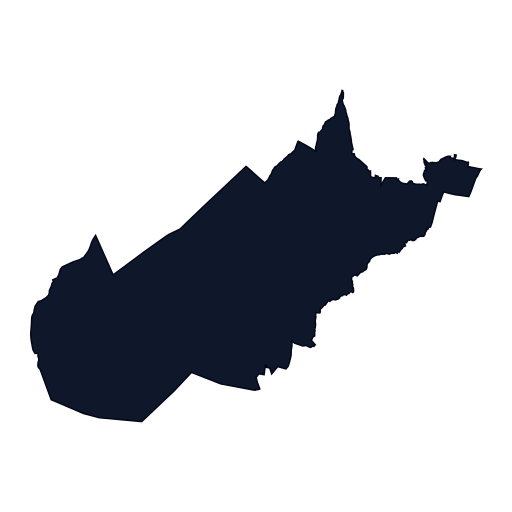 the district of Nanacamilpa de Mariano Arista, Tlaxcala, Mexico
{"feature_id": "50627088B60175969461115", "entity_name": "Nanacamilpa de Mariano Arista", "entity_type": "district", "adm_level": 2, "iso_a3": "MEX", "parent_name": "Mexico", "parent_adm1": "Tlaxcala", "projection": "natural_earth1", "projection_center": [-98.513, 19.508], "detail": "fine", "context": "isolated", "style": "filled", "palette": "ink", "viewbox_px": 512, "rotation_deg": 0, "n_neighbors": 0, "source": "geoboundaries", "source_scale": "gbopen_adm2", "svg_char_len": 6050}
<svg xmlns="http://www.w3.org/2000/svg" viewBox="0 0 512 512"><path d="M259.8,389.0L257.5,382.7L256.1,377.6L258.8,373.8L264.1,374.7L265.4,365.0L266.7,365.4L266.2,367.3L269.7,368.0L271.7,373.9L277.7,366.6L285.9,368.9L288.2,366.2L289.4,362.4L290.5,358.0L291.1,355.0L291.2,350.4L291.9,346.3L292.0,341.2L294.7,343.2L301.9,345.7L302.5,345.9L304.0,345.9L306.0,345.4L309.2,347.0L310.4,347.4L310.9,347.3L312.5,346.2L313.2,346.2L313.9,346.4L314.7,345.2L315.3,344.8L310.9,339.8L311.6,339.2L312.0,339.2L313.0,336.9L314.6,336.1L314.7,335.9L314.7,331.9L315.0,331.0L315.1,330.4L314.7,330.0L314.7,329.4L315.2,327.7L315.6,324.4L315.2,321.0L315.9,316.7L315.8,316.2L315.5,315.8L315.5,315.1L315.8,314.7L315.8,314.4L315.8,314.1L315.5,313.2L315.6,312.7L319.9,312.9L320.3,311.9L320.1,310.4L320.4,309.0L322.1,307.6L323.8,305.5L324.0,305.3L325.0,305.2L325.6,304.7L326.2,303.3L327.2,302.4L327.6,301.3L327.9,301.0L328.7,300.9L329.4,301.4L330.0,301.4L330.9,300.4L333.1,299.4L335.9,299.9L336.9,299.2L337.9,299.2L339.6,297.8L340.0,296.6L340.5,296.3L341.0,295.8L342.6,295.7L343.1,294.9L343.7,294.5L344.5,294.7L345.4,294.5L346.5,295.2L347.5,293.6L348.9,293.6L349.1,293.0L350.4,291.7L351.3,291.6L352.7,292.6L353.2,292.3L353.6,291.3L353.6,290.5L353.4,289.2L353.5,288.4L352.6,286.5L352.7,284.4L352.3,282.6L352.5,281.4L352.4,281.2L351.8,280.7L351.5,279.9L351.6,278.2L351.8,277.0L352.3,276.5L353.1,276.2L353.4,275.7L354.4,275.1L356.0,275.1L357.1,275.9L357.6,275.7L357.9,275.1L360.5,272.4L362.9,271.6L363.6,270.8L364.8,270.3L365.4,269.7L365.9,269.6L366.4,268.8L366.8,267.9L367.0,266.1L367.0,264.7L367.2,264.0L367.6,263.3L369.5,261.4L370.0,259.6L370.5,259.0L371.4,257.9L372.3,257.2L374.6,255.8L377.2,254.9L379.0,254.8L380.3,254.4L382.5,254.1L384.3,254.3L386.4,253.4L389.6,254.2L390.7,253.4L394.4,253.2L394.9,252.2L397.3,253.2L397.2,251.8L398.2,251.6L399.2,252.2L401.6,248.6L402.3,248.5L402.8,247.1L405.4,245.9L404.7,243.4L405.0,242.7L405.3,242.4L405.5,242.4L406.5,242.7L406.7,242.1L407.0,241.9L407.7,240.6L408.1,240.2L408.7,240.1L409.5,240.3L410.5,239.7L410.8,239.3L411.3,239.2L411.6,239.3L411.9,240.4L412.0,240.5L412.3,240.6L412.6,240.4L412.8,240.4L413.1,240.5L413.7,240.5L414.5,240.2L415.2,239.6L415.7,239.5L415.8,238.4L420.0,236.3L423.7,236.3L425.0,234.3L425.1,234.0L425.1,232.8L426.3,231.0L426.0,230.1L426.0,229.8L426.2,229.6L427.1,229.7L428.0,229.1L428.3,228.2L428.2,227.3L430.5,227.0L432.3,221.8L433.7,215.9L437.7,200.9L440.0,201.7L442.8,193.9L443.7,191.9L450.2,193.6L455.6,194.8L458.5,195.1L468.8,196.6L471.0,191.5L475.7,178.4L477.4,176.0L478.3,174.2L479.5,171.5L480.5,169.8L481.3,169.0L480.0,168.9L467.8,166.5L468.3,164.6L468.4,162.2L466.6,162.2L462.2,160.6L457.7,160.1L454.5,159.5L455.7,157.4L456.2,155.1L454.5,154.7L454.5,156.9L453.9,158.5L449.7,157.6L450.4,156.3L448.9,156.2L447.5,156.4L446.0,156.9L440.9,159.4L439.4,161.4L438.5,162.1L435.6,162.9L432.4,162.4L432.1,162.6L430.7,162.5L430.0,162.9L429.5,163.6L429.0,163.6L427.0,161.9L423.9,158.7L423.6,159.5L424.1,160.4L424.1,162.7L424.7,163.4L424.7,164.0L425.3,164.3L425.2,165.0L425.8,165.1L425.5,165.8L426.4,166.6L426.6,167.6L426.6,167.8L425.4,167.9L426.3,170.5L425.3,170.2L424.6,170.4L424.3,171.8L423.6,173.6L423.3,174.9L424.3,177.8L425.2,179.7L425.8,180.7L426.1,180.5L426.9,180.8L427.3,181.6L427.2,182.1L427.6,182.3L426.9,184.0L427.3,184.8L425.8,184.9L424.7,184.6L423.9,183.9L422.3,184.0L421.1,184.6L419.8,184.2L416.6,184.3L414.2,183.8L413.4,183.6L413.0,183.3L412.7,183.0L412.3,181.6L411.3,180.9L409.6,181.1L407.1,184.1L406.1,183.7L404.5,183.7L401.3,182.8L399.3,181.2L398.2,179.6L398.3,179.2L397.8,179.5L397.7,179.9L396.4,177.9L385.5,177.8L385.3,177.9L380.9,185.3L381.1,177.7L378.3,177.6L378.1,176.3L375.4,175.4L375.3,177.8L372.9,177.5L370.6,176.7L370.5,171.0L369.2,171.2L368.5,170.7L368.3,170.0L367.7,169.8L366.8,168.4L366.9,167.3L367.1,167.1L366.4,166.2L359.0,159.6L356.6,158.2L354.7,156.2L354.2,153.7L352.1,153.9L351.8,153.7L351.9,150.9L352.1,150.1L352.5,149.7L353.0,149.6L353.1,149.2L353.0,148.7L352.6,147.6L352.2,145.4L351.5,142.7L351.4,141.8L351.4,140.9L350.7,136.5L350.1,133.7L350.0,132.2L349.0,128.7L349.0,125.9L349.1,124.9L348.9,122.8L348.1,120.0L347.9,118.3L346.9,115.6L346.6,114.2L346.1,112.7L345.6,109.8L344.1,105.7L343.5,105.0L343.1,104.1L342.4,101.2L342.2,100.4L342.4,99.7L343.1,98.4L343.4,97.2L343.3,96.1L343.4,94.4L343.4,92.8L342.9,92.2L342.8,90.8L342.1,90.4L341.4,93.0L341.1,93.5L341.0,94.5L340.1,95.6L339.5,97.1L339.0,99.8L338.5,101.6L338.5,102.6L338.1,103.4L337.2,104.5L336.9,105.5L337.2,105.8L337.2,106.1L336.1,107.8L335.7,109.6L335.5,113.0L334.4,116.4L331.8,117.9L331.1,118.2L329.7,119.6L328.5,120.0L327.5,120.6L327.1,121.1L325.6,121.8L324.3,124.7L323.0,126.2L322.4,129.4L320.9,130.8L320.2,132.1L319.7,132.2L318.8,132.2L317.9,133.9L317.7,134.4L317.6,138.2L317.3,140.9L316.6,143.1L316.2,145.6L315.8,146.5L315.6,147.4L315.6,149.0L316.0,150.7L316.0,151.3L306.1,145.4L298.2,141.2L297.7,142.0L294.7,150.3L293.0,151.7L292.1,152.7L290.7,153.9L288.8,154.6L288.1,155.5L287.8,156.0L283.9,159.3L283.5,160.2L282.6,161.0L282.0,161.8L280.7,162.0L278.3,164.4L277.2,165.8L275.2,166.8L274.3,167.8L273.8,168.9L272.8,170.0L272.4,170.8L272.1,171.9L271.6,172.9L271.2,174.5L270.3,175.2L267.9,179.9L266.4,181.4L264.6,182.8L256.3,175.5L249.7,169.5L246.1,166.4L203.1,206.8L187.4,221.9L180.1,229.0L169.1,234.3L166.8,235.7L143.3,252.4L139.4,255.4L113.1,274.9L95.6,235.4L93.4,238.8L92.2,241.0L91.2,243.5L90.4,246.2L88.6,250.6L83.7,257.4L81.5,258.5L80.8,259.2L77.4,260.5L73.5,261.7L62.2,266.9L60.3,269.5L58.7,275.2L57.9,276.4L57.3,277.8L52.7,279.9L53.5,281.6L52.2,283.1L51.5,285.8L49.4,290.5L49.2,293.2L48.7,295.0L46.3,297.5L41.1,300.8L38.3,301.5L35.5,305.6L35.0,306.6L34.1,310.6L33.7,313.2L32.6,314.6L31.9,316.8L31.7,317.9L31.4,325.1L30.7,333.8L31.0,338.5L31.5,342.1L32.7,348.5L33.2,350.3L35.0,353.4L37.7,353.4L38.1,354.2L37.9,356.1L38.5,357.7L38.8,359.4L38.5,361.1L38.1,362.5L37.9,364.1L37.9,365.4L38.1,366.7L38.5,367.6L40.1,369.3L51.2,399.7L83.7,413.6L99.3,417.7L141.7,421.6L174.4,390.6L191.5,372.4L220.8,383.9L254.4,390.2L255.7,390.1L256.8,389.6L257.8,389.7L259.8,389.0Z" fill="#0f172a" stroke="#020617" stroke-width="1.5"/></svg>